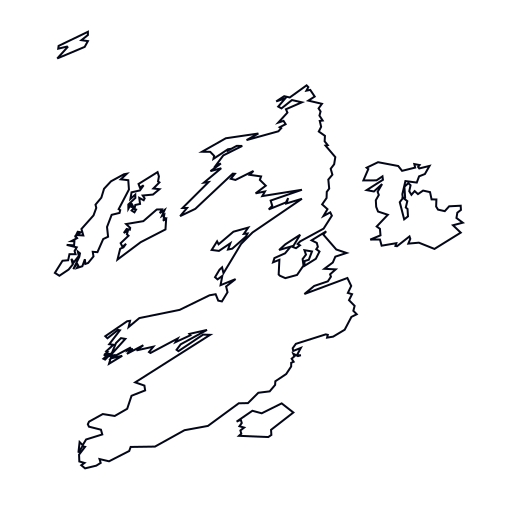 Dønna nor, Nordland, Norway (Albers equal-area conic projection), rotated 2°
{"feature_id": "86288312B44883610080028", "entity_name": "Dønna nor", "entity_type": "district", "adm_level": 2, "iso_a3": "NOR", "parent_name": "Norway", "parent_adm1": "Nordland", "projection": "albers", "projection_center": [12.485, 66.133], "detail": "fine", "context": "isolated", "style": "outline", "palette": "ink", "viewbox_px": 512, "rotation_deg": 2, "n_neighbors": 0, "source": "geoboundaries", "source_scale": "gbopen_adm2", "svg_char_len": 6081}
<svg xmlns="http://www.w3.org/2000/svg" viewBox="0 0 512 512"><g transform="rotate(2 256 256)"><path d="M300.6,83.7L284.2,96.4L278.6,95.3L270.8,100.8L279.8,97.4L273.0,105.9L276.3,107.6L286.5,98.9L296.5,100.8L280.8,108.3L282.4,111.6L273.6,121.9L278.8,120.0L281.0,123.2L275.2,126.5L276.7,127.4L274.0,130.6L242.5,140.5L254.1,133.5L221.7,139.4L198.4,153.7L206.6,153.5L210.7,157.4L210.1,160.4L224.2,150.3L225.9,150.0L223.0,152.4L232.9,146.6L238.4,146.5L219.8,156.6L212.7,166.9L217.7,164.8L207.5,172.8L218.2,169.5L201.4,184.5L206.0,183.8L180.9,210.6L185.4,210.4L178.8,218.8L193.7,211.0L229.9,174.5L232.0,174.6L228.1,179.7L232.8,180.7L250.5,171.1L246.9,175.1L258.3,176.3L257.2,179.8L263.3,185.4L253.4,193.4L262.7,191.2L260.2,195.9L299.6,188.2L268.7,200.1L270.5,205.3L267.1,209.0L284.1,201.4L286.1,197.0L284.6,202.4L299.9,197.2L251.7,232.6L240.7,244.4L224.1,274.3L222.5,268.5L220.0,271.0L215.8,278.6L218.4,280.7L223.0,277.1L221.6,286.4L236.4,279.8L227.2,287.5L228.8,293.2L223.5,302.6L219.8,301.9L217.0,295.6L210.9,296.9L181.6,312.5L141.6,322.1L131.2,331.4L132.4,325.2L129.5,325.7L108.2,341.4L110.4,343.4L120.7,334.7L122.6,335.0L112.4,349.3L116.6,349.7L109.7,356.4L111.1,357.0L108.3,359.5L107.8,361.1L109.1,359.2L112.5,359.0L107.1,364.0L108.8,364.8L115.5,357.6L119.1,347.9L123.9,342.8L128.3,343.4L113.5,361.0L116.7,360.3L114.4,362.9L112.9,368.8L125.8,360.4L115.2,363.2L116.3,362.1L134.1,351.7L131.5,354.8L136.2,353.1L130.4,358.3L146.5,349.1L139.9,354.5L156.6,350.2L152.4,355.7L153.9,356.6L180.6,341.2L178.6,344.9L193.2,337.5L192.1,336.2L209.6,331.6L183.8,346.9L179.9,352.5L181.8,353.8L205.9,336.4L212.9,336.4L139.7,386.5L149.0,389.4L149.9,394.2L136.5,400.0L132.6,413.2L120.4,420.8L108.4,419.3L94.9,427.4L93.8,430.0L95.0,432.4L107.1,435.0L108.6,439.7L92.6,445.3L89.4,451.1L86.2,448.1L85.4,458.7L89.2,452.2L91.8,452.7L86.1,460.7L86.6,467.5L91.8,468.8L88.7,471.2L92.6,474.2L103.7,471.1L108.0,468.2L106.7,464.4L116.3,466.3L136.1,455.3L137.4,451.2L161.7,450.0L190.6,432.6L213.9,427.5L243.9,403.8L253.1,403.3L263.1,392.6L274.4,390.8L279.6,384.2L279.7,380.5L290.3,372.9L295.0,365.2L294.9,361.5L297.3,360.4L295.2,357.4L297.9,354.9L296.7,352.4L301.4,354.6L304.3,353.6L300.3,353.8L304.0,346.3L296.5,349.6L295.9,346.9L298.9,342.4L328.4,331.9L330.5,332.3L329.9,335.1L335.9,333.9L347.2,326.6L353.5,313.5L358.7,310.7L355.2,307.4L356.3,302.4L350.5,296.9L353.3,290.8L349.1,289.7L352.2,282.6L348.1,274.8L305.7,292.3L315.2,283.9L328.7,278.8L331.6,274.1L330.7,271.7L336.1,266.6L324.8,266.4L333.0,259.8L335.3,253.9L346.4,249.8L336.0,246.7L322.5,232.2L325.3,228.9L311.0,238.4L316.3,240.8L317.5,244.7L316.0,247.1L319.3,249.3L315.9,256.7L304.9,264.1L304.6,259.4L308.9,257.9L311.8,249.5L304.2,248.5L305.9,252.9L302.7,257.4L303.8,263.9L297.7,273.5L286.1,277.1L280.6,274.9L279.3,273.7L279.5,259.0L273.3,261.7L274.5,257.4L285.0,252.3L290.3,245.4L278.9,249.2L284.9,243.3L299.4,233.2L292.4,245.7L295.7,246.8L299.5,243.8L297.2,242.5L299.7,239.8L322.6,226.3L330.4,213.1L328.7,209.8L322.0,213.7L325.8,206.7L320.3,202.1L324.5,195.6L324.5,189.4L326.8,186.1L325.6,177.1L329.5,172.1L327.6,166.2L330.9,161.6L331.8,154.4L321.6,143.2L323.8,142.7L320.6,139.0L320.7,133.5L314.4,129.4L316.6,124.6L315.0,118.8L317.9,118.3L314.5,113.5L315.5,109.3L313.4,106.3L316.6,101.6L302.9,98.9L309.1,94.6L304.4,88.1L300.6,89.0L302.4,85.4L300.6,83.7ZM374.7,158.0L363.5,163.9L365.2,165.2L360.7,176.7L373.8,176.2L379.6,172.0L380.2,175.4L364.3,186.3L371.6,187.4L379.5,179.7L375.3,187.6L376.6,190.7L373.8,196.1L374.4,202.7L376.4,207.3L386.3,210.2L375.6,222.3L378.9,224.5L379.7,231.0L369.6,235.6L379.3,235.2L381.2,241.3L395.8,238.3L395.0,241.1L396.6,241.3L408.7,231.1L409.6,233.5L407.8,238.3L418.3,237.0L434.1,242.7L459.8,225.5L451.8,218.4L461.5,215.5L455.0,211.0L455.7,205.7L459.2,202.8L458.8,198.6L447.3,199.6L443.1,204.6L436.3,203.3L434.3,200.3L434.3,193.2L429.5,193.3L427.7,186.1L420.7,184.8L415.7,188.5L412.3,185.6L409.2,189.4L406.9,185.9L408.0,179.9L405.7,177.9L401.9,181.6L403.0,192.4L401.2,192.9L405.3,195.9L404.0,202.3L405.8,203.7L406.5,211.1L402.8,214.2L397.8,197.2L400.7,193.1L400.1,189.1L402.7,175.9L414.1,177.0L416.2,170.7L421.9,168.2L426.3,159.9L416.1,162.8L414.9,161.3L416.3,159.4L411.0,158.6L412.0,162.1L399.0,165.8L395.0,161.1L374.7,158.0ZM118.2,184.1L124.0,178.3L121.2,178.9L108.5,186.4L101.8,194.1L99.4,203.1L93.8,210.3L94.7,213.5L92.2,221.1L80.6,235.1L82.7,241.5L76.2,241.3L80.1,238.4L77.0,238.0L74.4,243.7L75.3,242.8L76.6,244.4L70.9,247.6L74.0,247.6L73.8,251.7L66.4,251.5L76.5,253.6L74.5,257.3L75.6,260.5L69.5,260.7L68.4,266.8L62.8,267.5L55.6,279.9L60.2,282.6L69.2,276.1L73.2,270.8L71.6,265.3L74.1,268.7L78.9,262.2L77.8,257.8L80.0,259.5L79.4,263.1L73.9,275.5L77.4,269.7L78.8,272.0L77.5,274.2L82.8,272.3L85.1,265.2L85.7,269.9L88.5,268.8L93.6,262.1L92.7,257.5L97.4,257.7L102.7,244.4L107.5,241.9L106.1,232.2L110.3,219.9L118.1,217.7L118.7,214.9L117.1,214.0L126.7,194.0L125.7,184.7L118.2,184.1ZM298.8,411.1L286.8,402.4L267.2,413.0L257.8,410.8L242.4,422.2L246.5,420.2L247.6,423.4L245.4,426.7L250.1,427.9L246.5,430.9L247.5,434.1L245.3,436.3L274.6,436.5L277.6,434.3L277.1,429.2L298.8,411.1ZM160.3,212.7L155.2,213.0L142.2,225.1L125.1,228.6L129.3,232.3L129.0,234.1L125.8,233.5L123.1,237.6L127.1,235.2L126.2,238.8L127.9,240.2L120.3,247.9L122.3,251.6L125.7,248.3L123.2,252.0L120.0,253.5L117.7,264.4L140.3,246.2L164.6,232.6L164.9,222.4L161.7,223.9L164.4,221.4L162.5,221.1L162.9,217.8L160.6,219.3L163.1,213.1L158.4,216.5L160.3,212.7ZM154.7,175.6L136.1,188.1L137.6,191.7L141.2,189.3L137.7,194.5L129.4,196.7L128.5,203.3L133.2,198.9L133.4,202.2L126.6,209.0L126.8,213.2L129.8,207.4L129.8,212.1L130.9,209.8L132.3,212.0L130.1,214.9L133.0,216.6L134.5,213.8L132.9,213.4L133.6,209.2L138.3,208.0L137.3,202.0L141.8,204.2L142.7,202.3L140.7,199.5L150.9,198.2L157.2,192.6L151.1,192.1L156.9,185.8L155.5,184.9L156.2,179.8L154.7,175.6ZM80.2,37.8L51.4,52.9L51.1,55.7L59.8,53.3L60.3,53.9L50.5,65.5L77.5,53.0L80.5,47.1L74.0,46.4L80.3,41.0L80.2,37.8ZM247.2,227.9L232.6,232.5L218.2,245.6L216.6,242.7L211.5,251.5L218.8,252.2L229.9,244.2L227.8,250.5L232.0,249.5L245.2,237.0L246.8,233.8L243.1,234.3L247.2,227.9Z" fill="none" stroke="#020617" stroke-width="2"/></g></svg>